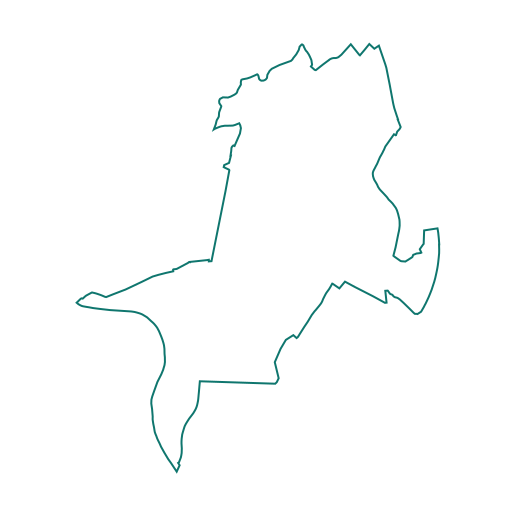 Oegstgeest, Zuid-Holland, Netherlands (orthographic projection), rotated 353°
{"feature_id": "6326949B10569140780030", "entity_name": "Oegstgeest", "entity_type": "district", "adm_level": 2, "iso_a3": "NLD", "parent_name": "Netherlands", "parent_adm1": "Zuid-Holland", "projection": "orthographic", "projection_center": [4.472, 52.183], "detail": "fine", "context": "isolated", "style": "outline", "palette": "teal", "viewbox_px": 512, "rotation_deg": 353, "n_neighbors": 0, "source": "geoboundaries", "source_scale": "gbopen_adm2", "svg_char_len": 5937}
<svg xmlns="http://www.w3.org/2000/svg" viewBox="0 0 512 512"><g transform="rotate(353 256 256)"><path d="M151.0,460.4L154.7,454.4L154.0,452.9L153.5,451.9L154.4,451.4L155.9,448.6L156.9,446.7L157.6,444.6L158.2,442.5L158.9,438.0L159.2,433.1L159.5,430.7L159.9,428.5L161.0,424.2L161.8,422.2L163.6,418.1L164.5,416.2L165.7,414.4L167.0,412.7L169.8,409.3L174.5,404.5L176.0,402.6L177.4,400.7L178.5,398.8L179.4,396.8L180.1,394.8L180.8,392.7L181.3,390.7L182.7,384.3L185.0,373.5L259.5,385.1L261.1,383.9L261.3,383.7L263.6,380.1L261.7,363.7L269.1,351.1L275.4,342.9L283.4,339.1L286.3,342.4L287.8,341.4L291.2,337.2L295.3,332.2L299.3,327.6L304.2,321.3L304.8,320.7L307.4,318.0L308.7,316.9L310.9,314.8L312.7,313.1L314.2,311.6L315.0,310.7L315.6,309.9L316.1,309.2L317.3,307.0L319.7,303.4L320.7,302.0L321.4,301.1L324.5,297.8L326.0,295.9L328.3,292.7L328.6,292.8L334.8,298.3L341.2,292.3L350.2,298.7L367.2,310.2L371.8,313.5L378.3,318.2L379.9,318.2L380.1,306.3L382.4,306.4L382.5,306.4L382.6,306.5L384.1,309.3L384.5,309.9L384.9,310.2L386.6,311.1L386.9,311.5L387.1,312.0L387.5,312.6L387.7,312.9L388.2,313.3L388.8,313.8L390.9,314.6L392.1,315.4L392.8,316.1L393.4,316.6L396.9,320.7L402.2,327.3L405.3,331.3L406.5,332.7L407.4,332.9L408.8,333.1L409.2,333.3L413.1,331.4L416.5,326.9L417.4,325.5L418.5,324.0L419.9,321.8L422.4,317.8L424.2,314.6L426.2,310.9L429.8,303.2L431.2,299.8L432.8,295.3L433.8,292.4L434.6,289.9L435.3,287.5L436.1,284.4L437.2,279.7L438.1,275.6L438.6,271.9L439.1,266.8L439.3,266.8L439.6,260.8L439.7,255.1L439.6,252.2L439.5,250.7L426.0,251.1L423.9,264.4L423.3,264.9L419.4,269.2L420.5,272.8L419.7,273.1L415.6,273.1L413.9,273.6L412.2,274.0L411.1,276.0L410.7,276.3L406.2,278.5L404.6,279.2L403.6,279.7L401.7,279.3L400.1,279.0L399.2,278.7L398.8,278.5L397.6,277.4L393.3,273.5L392.4,272.5L395.6,264.4L399.6,252.4L400.1,250.9L400.9,248.7L401.4,247.0L402.0,244.6L402.3,243.3L402.7,239.5L402.8,237.3L402.2,231.9L401.9,230.2L401.5,228.0L401.0,226.4L400.6,225.3L400.0,224.2L398.6,221.7L398.0,220.6L397.1,219.4L396.6,218.7L394.4,216.0L394.2,215.5L394.0,215.1L393.1,213.5L392.7,212.9L389.6,208.6L388.1,206.6L386.9,204.9L386.4,203.9L385.6,202.3L385.0,200.2L384.5,198.9L383.4,196.4L382.9,195.4L382.6,194.5L382.2,193.0L382.0,191.7L381.9,191.3L381.9,189.3L381.9,188.9L382.0,188.5L382.0,188.1L382.1,187.7L382.3,187.1L382.8,186.1L383.0,185.7L384.0,184.2L384.4,183.7L386.0,181.3L387.1,179.8L387.8,178.7L389.5,175.7L390.6,173.8L391.3,172.7L392.0,171.8L392.9,170.6L394.2,168.8L395.2,167.2L396.0,166.1L396.5,165.2L397.7,163.1L407.8,152.0L409.4,153.2L409.7,153.1L409.9,152.6L410.7,151.1L411.0,150.3L411.4,149.7L413.8,147.7L414.7,146.6L415.3,145.6L413.3,137.8L413.6,137.7L412.8,133.9L411.3,126.2L410.9,122.8L410.7,120.6L409.8,105.9L409.6,102.5L408.3,85.1L407.7,81.6L403.6,62.2L398.7,64.7L394.3,59.4L388.6,64.9L383.6,69.5L383.0,68.9L375.9,57.4L365.3,66.6L362.0,68.7L360.5,69.1L359.8,69.2L358.5,69.2L357.6,69.0L356.9,69.0L355.5,69.1L354.7,69.3L354.1,69.5L353.5,69.7L352.9,70.0L352.2,70.4L352.2,70.5L350.7,71.3L345.8,74.1L338.1,78.8L337.5,78.7L337.0,78.4L336.7,78.2L336.4,77.8L333.6,74.6L334.8,73.3L334.9,73.0L335.0,72.7L334.9,70.5L334.9,69.2L334.8,68.1L333.8,64.8L333.0,62.5L332.0,60.5L331.5,59.5L330.9,58.8L330.4,57.9L330.0,57.1L329.7,56.1L329.1,54.5L328.7,52.8L327.9,51.9L327.7,51.7L327.3,51.6L327.1,51.7L326.5,52.1L325.0,53.4L324.7,53.7L324.6,54.1L323.5,56.8L320.5,60.8L317.0,64.2L316.1,65.4L314.5,66.6L302.6,69.3L294.5,72.1L292.1,73.9L289.4,77.5L289.3,77.8L288.7,80.2L288.5,80.7L288.1,81.1L287.3,81.9L286.7,82.2L286.0,82.5L284.7,82.8L283.5,82.7L282.6,82.6L282.0,82.2L281.5,81.8L281.0,81.2L280.6,80.4L280.6,79.8L280.5,78.9L280.4,77.9L280.2,77.1L279.9,76.4L279.5,75.9L279.3,75.8L276.6,76.7L273.2,77.7L272.3,78.0L268.8,78.7L264.2,79.0L263.1,79.3L262.8,79.6L262.5,80.4L262.1,81.7L261.9,84.0L261.5,84.6L258.2,88.9L257.0,91.4L256.2,92.2L254.4,93.2L250.3,94.7L247.5,95.3L242.5,94.5L239.6,95.6L239.1,96.1L238.7,96.8L238.3,97.7L238.2,99.8L239.5,102.4L239.8,103.0L239.7,103.5L237.1,108.5L236.8,109.4L236.2,112.6L236.0,113.2L235.5,114.0L234.8,114.9L233.7,116.3L233.2,117.4L233.0,117.9L232.2,120.1L231.9,120.8L229.6,125.2L230.4,124.8L233.9,123.8L235.9,123.3L237.7,123.0L238.7,123.0L240.6,122.9L243.4,123.2L246.3,123.5L248.5,123.7L249.1,123.7L251.1,123.4L252.6,123.0L255.5,122.2L256.3,124.4L256.6,127.3L255.0,132.5L248.1,144.2L247.0,143.5L246.0,144.2L245.3,144.9L244.8,145.8L244.2,148.8L243.6,150.9L242.9,153.4L243.3,153.4L240.6,160.3L235.5,161.9L234.8,163.8L235.4,164.1L235.4,164.3L239.7,167.0L240.0,167.6L233.6,188.0L211.2,255.7L208.5,255.6L208.7,254.0L206.6,254.1L194.7,253.9L189.6,253.8L189.6,254.1L188.5,254.0L187.6,254.6L175.9,259.1L175.2,259.2L172.4,259.2L172.2,259.3L172.0,259.6L172.0,261.1L164.7,261.8L156.9,262.8L153.3,263.4L150.9,263.8L139.3,267.8L124.8,272.6L122.4,273.4L118.7,274.3L109.5,276.6L102.3,278.5L101.1,278.1L100.1,277.5L98.2,276.4L96.7,275.6L93.6,274.1L92.0,273.4L90.4,272.8L89.5,272.5L88.8,272.2L87.7,272.6L82.6,274.6L81.3,275.4L78.8,277.2L78.5,277.1L77.9,276.8L77.6,276.8L77.3,276.9L76.8,277.1L72.3,280.5L73.9,282.2L75.5,283.4L76.9,284.3L78.1,284.8L81.0,285.7L84.1,286.6L87.9,287.8L94.6,289.5L104.6,291.9L119.4,294.7L125.2,295.8L127.1,296.3L128.8,296.8L130.6,297.5L132.7,298.4L134.4,299.2L136.1,300.2L140.3,303.5L141.0,304.3L144.2,308.1L145.3,309.3L146.5,310.8L148.0,313.1L148.8,314.5L149.4,315.7L149.7,316.6L150.5,318.6L151.1,320.7L152.1,324.3L152.9,327.6L153.2,329.3L153.5,331.0L153.7,332.6L153.8,333.8L153.8,335.6L153.8,337.0L153.3,342.0L153.2,345.4L152.8,349.1L152.7,350.1L152.3,351.6L152.1,352.4L151.8,353.4L151.0,355.2L150.4,356.6L150.0,357.6L148.3,360.6L147.5,362.0L142.8,369.0L138.4,377.7L135.9,382.8L135.3,384.3L134.7,385.8L134.1,389.6L134.1,390.7L134.2,395.3L133.9,402.7L133.5,405.5L133.5,406.9L133.6,410.2L133.9,413.8L134.0,416.9L134.1,418.5L134.3,419.4L134.6,420.7L135.1,422.4L135.7,425.1L136.3,427.0L137.3,429.8L138.2,432.7L138.4,433.5L141.0,439.9L144.1,446.9L146.4,451.1L147.3,452.9L151.0,460.4Z" fill="none" stroke="#0f766e" stroke-width="2"/></g></svg>